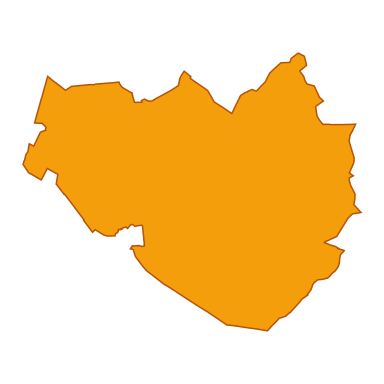 Virbu pag., Talsi, Latvia (orthographic projection)
{"feature_id": "27541924B43338172506229", "entity_name": "Virbu pag.", "entity_type": "district", "adm_level": 2, "iso_a3": "LVA", "parent_name": "Latvia", "parent_adm1": "Talsi", "projection": "orthographic", "projection_center": [22.631, 57.128], "detail": "fine", "context": "isolated", "style": "filled", "palette": "amber", "viewbox_px": 384, "rotation_deg": 0, "n_neighbors": 0, "source": "geoboundaries", "source_scale": "gbopen_adm2", "svg_char_len": 5364}
<svg xmlns="http://www.w3.org/2000/svg" viewBox="0 0 384 384"><path d="M307.5,295.2L307.3,295.1L307.5,294.9L307.8,294.1L308.7,292.8L310.4,290.5L311.1,289.5L311.4,288.7L311.8,287.6L312.3,285.8L312.5,285.3L312.8,284.7L313.1,284.2L313.5,283.6L314.1,282.8L314.5,282.3L315.5,281.7L316.1,281.1L316.9,280.4L317.6,280.0L318.1,279.8L319.1,279.7L320.4,279.6L321.7,279.4L323.2,279.2L327.0,278.2L327.5,278.1L328.2,277.6L328.9,277.0L331.5,274.1L331.7,273.8L332.1,273.5L333.2,272.5L334.7,271.4L334.8,271.3L335.4,270.7L336.5,269.2L337.6,267.6L338.1,266.7L338.7,265.4L339.1,264.0L339.4,262.7L339.5,261.6L339.6,259.8L339.7,258.5L340.1,256.5L340.3,255.3L340.6,254.7L341.1,254.0L341.7,253.4L342.2,252.9L342.3,252.7L342.6,252.6L344.2,250.7L343.8,250.3L338.1,248.7L338.6,248.4L335.3,246.4L334.4,246.2L330.0,244.9L327.9,243.9L326.1,243.3L324.4,242.6L324.3,242.4L324.8,242.0L327.3,240.8L336.7,236.5L344.9,223.2L348.2,217.9L348.9,217.3L352.5,213.9L361.0,212.5L353.8,204.6L354.6,200.7L354.9,198.9L355.0,193.9L354.4,192.7L350.9,185.9L350.8,185.7L349.1,180.1L349.4,177.9L353.3,175.8L349.5,173.1L349.8,172.9L349.5,172.5L351.6,167.8L353.2,164.2L353.5,163.6L354.0,161.0L354.1,160.9L354.1,157.7L350.5,146.0L349.4,142.1L349.4,141.9L349.1,140.9L350.0,135.8L349.8,135.7L350.3,134.9L351.5,132.4L352.0,131.7L352.6,130.8L352.7,130.4L355.6,124.2L352.1,124.4L350.7,124.4L342.0,124.6L341.1,124.6L335.2,124.6L330.6,124.6L329.0,124.3L327.5,124.3L322.7,124.3L321.8,123.1L319.3,119.9L317.1,116.3L315.6,106.5L323.4,101.0L320.2,98.0L319.9,97.8L319.5,97.5L318.8,95.9L314.2,86.0L307.1,84.0L305.9,82.1L305.0,80.7L304.4,78.5L304.0,77.2L303.3,75.8L300.2,71.7L299.7,71.0L306.6,65.3L306.6,65.2L304.3,56.2L299.8,53.9L298.5,53.2L298.1,53.2L297.7,53.4L291.2,58.4L290.1,61.9L289.7,62.1L289.3,62.4L285.6,62.6L281.0,62.8L278.6,64.8L276.5,66.7L275.1,68.0L273.5,69.5L269.9,72.9L269.6,73.3L265.2,81.9L257.9,89.5L257.2,90.4L256.6,90.8L255.9,91.0L255.4,91.0L254.7,90.7L253.7,90.1L252.8,89.7L252.1,89.5L251.5,89.6L249.5,90.7L248.8,91.0L248.4,90.9L248.1,91.1L247.9,91.5L246.1,92.4L245.4,92.4L244.2,93.1L243.5,93.7L243.2,93.9L242.8,94.2L242.4,94.5L241.1,95.1L240.6,95.8L240.2,96.1L240.0,96.5L240.0,97.1L239.8,97.3L239.7,97.5L239.2,98.3L238.6,99.6L238.5,99.8L237.8,100.7L237.4,102.2L237.2,102.6L236.6,103.5L236.0,104.8L235.4,106.0L234.3,108.2L232.7,111.8L231.8,113.5L228.6,111.4L227.9,110.9L227.3,110.5L222.7,107.3L219.7,105.5L214.3,102.0L214.1,101.8L211.0,96.2L209.2,93.2L207.6,90.4L203.1,87.3L190.1,78.3L190.9,76.7L189.2,75.3L184.3,71.3L184.2,71.2L183.9,71.6L181.7,74.9L181.1,76.0L179.6,79.1L179.5,79.8L179.4,80.8L179.1,82.1L178.8,83.4L178.5,85.1L178.5,85.5L178.3,85.6L177.7,86.0L175.6,87.4L173.0,89.1L169.9,91.0L167.8,92.1L166.0,93.1L163.9,94.3L160.9,95.9L157.4,97.8L154.3,99.5L154.5,99.6L151.7,101.1L148.6,101.1L144.5,99.1L141.5,100.5L141.9,102.2L134.5,102.4L132.9,97.0L132.0,92.8L131.2,92.7L128.8,91.2L122.1,87.3L119.3,83.3L119.0,82.1L115.5,82.4L112.7,82.8L106.9,83.2L103.3,83.5L95.0,84.2L93.8,84.8L91.5,84.5L91.4,84.6L87.2,84.9L83.9,85.2L79.3,85.6L72.5,86.3L71.6,86.3L67.5,89.0L65.4,90.2L57.9,84.4L51.6,79.7L51.4,79.6L50.4,78.6L47.7,76.4L46.5,80.6L42.5,94.8L42.4,95.2L41.9,97.1L41.2,99.0L39.4,105.7L37.5,112.4L37.3,113.2L37.3,113.3L37.0,114.1L34.6,123.0L42.2,123.4L46.0,127.2L45.5,129.5L45.7,130.2L41.5,131.7L40.4,132.2L39.5,134.0L36.7,139.9L36.7,140.1L36.6,140.3L33.7,146.1L29.3,143.8L28.9,145.6L27.9,151.8L26.0,154.4L24.7,159.7L24.8,159.8L24.1,160.8L23.4,163.3L23.0,164.3L25.9,168.6L28.7,172.9L30.1,173.6L31.5,174.3L41.3,180.0L47.3,168.5L57.8,174.3L56.2,184.1L56.5,184.4L56.8,184.7L57.6,185.8L58.4,186.9L59.7,188.6L61.0,190.3L61.9,191.4L62.7,192.6L63.4,193.4L64.0,194.3L64.5,194.2L68.7,199.6L70.2,201.5L71.3,203.0L72.4,204.5L73.4,205.8L74.4,207.1L75.7,208.9L77.1,210.7L77.1,210.8L80.6,215.4L84.1,220.0L83.9,220.2L83.6,220.4L84.3,221.3L85.0,222.2L86.2,223.8L87.4,225.5L87.9,225.9L88.9,227.4L92.5,232.3L95.2,229.7L103.9,235.1L107.2,236.0L108.2,236.0L108.4,236.0L115.0,235.9L115.6,233.5L116.1,233.5L116.5,233.3L117.0,232.9L117.6,232.4L117.9,232.1L118.0,231.8L118.2,231.6L118.3,231.2L118.2,230.6L118.2,230.1L118.2,229.8L118.5,229.6L119.0,229.5L119.6,229.8L119.9,229.9L120.1,229.8L120.3,229.7L120.4,229.1L120.5,228.9L120.8,228.9L121.1,229.2L121.7,229.5L121.8,229.5L121.9,229.4L121.9,229.2L121.8,228.8L121.8,228.6L122.0,228.4L122.6,228.0L123.1,228.0L125.8,226.9L126.0,227.1L127.6,228.5L130.2,225.2L131.6,224.6L131.8,224.5L132.5,224.4L135.2,226.4L137.1,225.8L141.0,225.3L142.4,225.5L142.7,227.9L143.4,234.7L143.6,236.5L143.8,239.2L144.0,241.0L144.1,241.6L144.3,243.6L144.3,243.8L144.1,244.1L144.4,245.9L143.3,246.2L142.2,246.4L141.5,246.3L139.8,245.9L139.0,245.5L138.9,245.7L137.0,245.7L133.6,246.0L132.4,245.7L130.4,248.8L130.5,248.8L133.3,249.5L135.1,255.7L135.2,256.0L136.0,257.4L142.7,266.2L142.8,266.4L146.4,270.5L146.8,270.9L157.8,279.4L164.6,284.7L164.8,284.6L165.2,284.8L165.5,285.0L168.2,286.7L170.8,288.3L171.2,288.5L172.3,289.3L173.5,290.0L178.7,293.5L183.2,296.4L189.5,300.5L196.3,305.0L196.5,305.0L199.0,306.7L207.4,311.8L212.9,315.5L217.5,318.6L224.4,323.3L226.7,324.9L233.9,325.7L248.5,327.9L256.8,329.0L263.2,330.1L267.1,330.8L267.3,330.8L267.5,330.8L271.2,326.6L273.8,324.0L274.4,323.3L276.8,321.0L278.3,319.4L279.2,318.3L280.9,317.8L284.8,316.5L286.0,316.0L287.7,314.3L289.6,312.7L289.9,312.8L290.4,312.3L296.6,305.5L299.6,302.1L302.0,299.1L307.5,295.2Z" fill="#f59e0b" stroke="#b45309" stroke-width="1.5"/></svg>